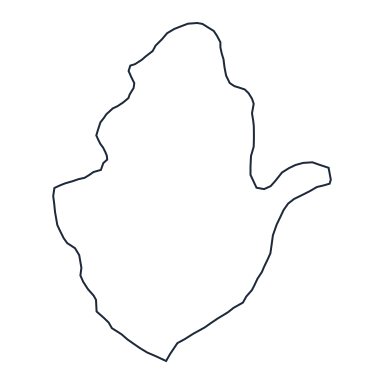 Sharur District, Şərur, Azerbaijan (Natural Earth projection)
{"feature_id": "54616110B53436270368491", "entity_name": "Sharur District", "entity_type": "district", "adm_level": 2, "iso_a3": "AZE", "parent_name": "Azerbaijan", "parent_adm1": "Şərur", "projection": "natural_earth1", "projection_center": [45.071, 39.583], "detail": "fine", "context": "isolated", "style": "outline", "palette": "slate", "viewbox_px": 384, "rotation_deg": 0, "n_neighbors": 0, "source": "geoboundaries", "source_scale": "gbopen_adm2", "svg_char_len": 1732}
<svg xmlns="http://www.w3.org/2000/svg" viewBox="0 0 384 384"><path d="M329.6,183.7L330.8,179.7L328.6,167.8L319.2,164.7L312.4,162.3L303.2,162.9L295.5,165.0L289.0,168.1L282.0,172.5L275.5,180.7L270.7,186.1L264.1,189.1L256.5,187.7L250.5,174.9L250.5,166.6L251.0,156.0L253.7,146.7L253.9,139.3L253.9,132.9L253.8,126.2L253.3,121.4L252.0,113.3L253.7,103.8L252.0,98.7L248.6,93.2L244.8,89.5L239.8,87.8L234.3,86.1L229.7,83.0L226.1,75.6L224.5,67.3L223.5,59.3L221.7,53.4L220.4,47.4L220.4,42.3L217.1,36.0L213.8,31.0L207.1,26.8L202.4,23.9L197.2,23.0L187.9,23.7L180.5,26.5L174.4,28.9L167.1,33.2L162.2,39.0L155.6,45.6L152.7,51.0L145.7,56.4L141.8,59.8L134.9,64.2L130.3,65.6L130.1,66.2L128.6,71.0L131.1,76.7L134.3,83.2L133.6,88.0L129.7,94.4L128.4,98.1L123.1,102.5L117.5,106.2L112.8,108.4L106.3,114.3L104.2,117.5L100.4,122.4L98.2,129.1L96.3,135.4L98.2,139.6L100.3,143.8L103.1,147.6L105.1,151.6L106.8,155.6L107.2,159.6L103.3,163.1L100.9,169.9L93.6,172.0L88.9,175.2L84.6,177.8L78.4,179.2L72.9,181.1L65.0,183.4L60.0,185.4L55.2,187.6L54.4,188.0L53.2,196.1L54.2,203.6L55.0,211.8L57.3,225.0L59.8,230.4L63.7,238.2L67.2,243.1L75.0,248.2L79.2,255.1L81.4,267.8L80.4,275.5L83.3,282.0L87.9,289.1L93.7,295.7L96.0,299.9L96.6,311.5L104.0,318.0L108.7,322.6L111.9,328.2L121.4,334.2L127.4,339.4L133.1,343.4L139.9,348.1L147.2,352.5L155.8,356.2L166.1,361.0L170.1,354.0L177.4,343.1L184.6,339.2L193.5,333.6L204.6,327.5L211.0,323.0L217.5,318.6L228.2,312.1L233.6,307.8L242.9,302.6L246.3,296.5L251.9,290.1L254.2,285.7L257.6,278.5L261.9,272.0L264.0,267.0L267.8,259.1L270.4,253.3L271.8,243.4L272.9,235.3L276.7,224.5L279.9,217.9L283.6,210.0L288.1,203.6L294.0,199.0L303.2,194.5L309.7,191.2L316.9,187.0L323.3,185.5L329.6,183.7Z" fill="none" stroke="#1e293b" stroke-width="2"/></svg>